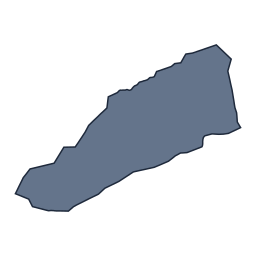 outline of Erdenexairxan, Dzavhan, Mongolia
{"feature_id": "93677404B28046331516605", "entity_name": "Erdenexairxan", "entity_type": "district", "adm_level": 2, "iso_a3": "MNG", "parent_name": "Mongolia", "parent_adm1": "Dzavhan", "projection": "mercator", "projection_center": [95.802, 48.175], "detail": "fine", "context": "isolated", "style": "filled", "palette": "slate", "viewbox_px": 256, "rotation_deg": 0, "n_neighbors": 0, "source": "geoboundaries", "source_scale": "gbopen_adm2", "svg_char_len": 2708}
<svg xmlns="http://www.w3.org/2000/svg" viewBox="0 0 256 256"><path d="M108.3,96.8L107.8,100.7L107.4,104.2L107.1,106.5L106.9,108.0L101.8,112.8L101.6,112.9L98.8,115.6L98.7,115.7L98.7,115.8L93.5,120.7L93.4,120.8L88.7,125.4L85.0,132.4L84.1,133.7L81.3,138.0L81.2,138.1L78.1,142.8L75.2,147.0L65.6,147.2L63.9,147.2L54.1,163.2L30.3,168.9L30.0,169.0L26.1,174.1L23.3,177.6L22.0,180.3L19.1,186.1L16.7,191.1L15.4,193.7L28.7,199.1L32.5,206.6L47.5,210.5L48.0,210.6L48.5,210.7L49.2,210.7L49.6,210.6L50.0,210.6L50.6,210.5L51.0,210.5L51.7,210.5L52.9,210.6L53.7,210.6L54.1,210.7L54.7,210.8L55.3,210.8L56.1,210.9L57.4,210.9L59.0,210.9L68.4,211.1L73.6,206.6L75.0,205.9L76.3,205.1L89.9,198.3L98.5,194.1L104.9,188.2L118.9,181.4L133.4,171.9L139.7,170.5L140.1,170.4L142.4,169.9L142.5,169.9L154.2,167.3L160.2,164.8L165.5,162.5L168.5,161.2L173.4,157.4L173.5,157.3L175.0,156.1L175.3,155.8L177.3,154.8L180.5,153.0L182.8,152.9L187.0,152.6L194.0,149.9L201.9,146.8L202.3,146.0L202.4,145.6L202.6,144.9L202.6,144.5L202.7,143.8L202.7,143.0L202.7,142.5L202.7,141.1L202.8,140.5L202.8,139.8L202.9,139.4L203.1,138.8L203.2,138.0L203.4,137.6L203.7,137.1L204.0,136.7L204.4,136.2L204.9,135.8L212.0,133.9L218.9,134.3L223.5,134.1L228.4,133.4L240.6,127.6L237.3,122.0L236.9,116.1L236.6,112.8L234.9,107.6L234.2,103.3L234.2,103.2L233.8,100.6L232.1,90.3L232.1,90.2L230.7,84.1L230.0,80.8L230.0,80.7L229.2,77.1L227.9,71.5L227.8,71.1L227.9,70.9L227.9,70.7L228.5,68.6L231.2,59.1L216.3,44.9L211.4,46.6L210.5,46.9L192.4,53.1L188.2,53.7L187.1,53.9L186.8,53.9L185.8,54.1L184.2,56.8L184.0,57.1L183.2,58.6L180.8,62.8L174.7,63.6L171.3,66.5L168.1,67.6L167.9,67.7L157.4,71.3L156.6,71.5L154.3,76.6L153.9,76.8L153.5,77.0L153.2,77.1L152.8,77.2L152.4,77.3L152.1,77.4L151.6,77.4L151.1,77.4L150.7,77.5L150.3,77.5L150.0,77.6L149.6,77.8L149.2,78.2L148.7,78.6L148.2,79.2L147.9,79.3L147.7,79.5L147.3,79.8L146.9,79.9L146.5,80.1L145.8,80.3L145.6,80.4L145.0,80.6L144.5,80.7L143.9,80.8L143.3,81.0L142.4,81.4L141.2,81.7L140.9,81.8L140.4,81.9L139.9,82.0L139.6,82.2L139.3,82.3L139.1,82.5L138.9,82.7L138.4,83.3L138.0,83.8L137.7,84.2L137.5,84.4L137.1,84.7L136.9,84.9L136.6,85.1L136.0,85.3L135.4,85.6L134.8,85.8L134.5,86.0L134.0,86.4L133.0,87.4L132.7,87.8L132.4,88.1L132.2,88.5L131.9,88.8L131.7,89.2L131.2,89.6L130.8,89.9L130.1,90.1L129.9,90.2L129.4,90.3L129.2,90.3L128.9,90.2L128.5,90.1L128.1,89.9L127.6,89.7L127.3,89.6L127.1,89.6L126.9,89.6L126.7,89.6L126.3,89.7L125.9,89.9L125.5,90.0L125.2,90.1L124.4,90.1L124.0,90.1L123.4,90.1L122.7,90.1L121.9,90.2L121.7,90.2L121.3,90.2L121.1,90.2L120.9,90.2L120.6,90.1L120.4,90.2L120.2,90.2L119.9,90.3L119.7,90.4L119.4,90.5L119.2,90.7L118.8,91.1L118.4,91.5L118.0,92.0L117.2,92.7L108.3,96.8Z" fill="#64748b" stroke="#1e293b" stroke-width="1.5"/></svg>